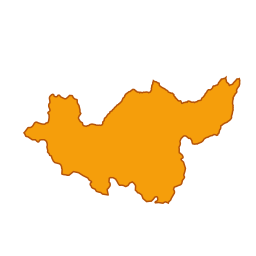 the district of Lunana, Gasa, Bhutan, rotated 191°
{"feature_id": "84629894B27866882347456", "entity_name": "Lunana", "entity_type": "district", "adm_level": 2, "iso_a3": "BTN", "parent_name": "Bhutan", "parent_adm1": "Gasa", "projection": "orthographic", "projection_center": [90.007, 27.974], "detail": "fine", "context": "isolated", "style": "filled", "palette": "amber", "viewbox_px": 256, "rotation_deg": 191, "n_neighbors": 0, "source": "geoboundaries", "source_scale": "gbopen_adm2", "svg_char_len": 5807}
<svg xmlns="http://www.w3.org/2000/svg" viewBox="0 0 256 256"><g transform="rotate(191 128 128)"><path d="M28.2,197.7L28.9,197.2L30.2,197.0L30.6,196.7L31.6,194.5L32.0,194.3L32.1,193.9L32.9,192.8L33.7,190.9L35.9,189.7L36.6,189.1L36.8,189.3L37.7,190.7L39.6,191.6L40.4,192.6L40.7,193.8L41.4,194.8L41.5,196.4L42.7,195.0L43.6,194.8L44.7,194.1L45.6,193.9L45.9,193.5L45.8,193.0L46.4,192.5L46.8,191.3L47.7,189.8L47.9,188.3L48.5,187.4L48.8,187.1L49.4,187.0L50.8,185.9L52.2,185.5L52.5,184.9L52.7,183.5L53.5,182.1L54.4,181.2L56.3,180.9L57.1,179.9L57.8,177.6L58.6,176.6L59.0,174.7L59.6,173.7L59.8,173.0L61.0,171.7L61.3,170.9L61.5,169.5L62.2,168.9L63.5,168.5L64.6,167.9L64.9,167.6L65.0,167.2L67.0,166.2L67.5,165.7L68.3,166.0L70.4,165.4L70.9,165.6L71.7,165.6L72.2,166.0L73.9,166.0L74.5,165.6L74.7,164.7L75.0,164.4L75.7,164.7L75.9,164.7L76.9,163.9L78.0,163.7L79.3,162.6L79.6,162.5L79.9,162.5L81.3,164.5L81.8,164.7L83.0,164.2L84.2,164.6L84.4,164.6L84.7,165.0L86.2,166.1L87.3,166.6L87.4,166.9L87.3,167.1L89.2,168.5L89.4,169.6L89.9,169.8L91.0,170.6L92.7,170.4L93.4,170.7L94.9,170.9L95.4,171.1L96.0,171.9L97.2,172.5L98.2,172.7L99.6,173.6L100.9,173.7L101.6,174.2L102.3,174.2L104.6,175.3L105.3,175.8L105.7,176.8L106.0,177.8L106.3,178.0L107.5,178.0L109.0,178.7L110.9,178.7L112.1,179.3L112.1,178.6L112.3,177.5L112.1,175.9L112.6,174.7L112.7,173.7L112.5,173.0L112.6,171.1L112.2,169.9L113.0,167.7L113.4,167.2L114.6,166.6L115.2,166.9L117.0,166.8L118.4,166.2L119.4,166.2L120.8,165.3L122.4,165.5L123.2,164.8L123.5,165.2L124.1,165.3L125.3,165.0L125.9,165.1L126.5,165.6L127.0,165.6L127.3,165.9L128.0,166.1L128.9,166.9L130.5,166.9L132.2,165.2L132.6,164.4L134.1,163.7L135.1,162.4L135.6,162.1L135.8,161.6L136.9,160.6L137.0,159.7L137.3,159.3L137.3,158.6L137.7,157.3L138.6,156.4L139.2,153.3L139.7,152.3L140.5,151.5L140.5,151.1L140.9,150.5L141.7,149.9L141.8,149.3L142.1,149.0L142.8,148.7L143.4,148.0L143.8,146.9L145.1,145.5L145.5,144.2L146.6,143.0L147.0,141.8L148.7,140.5L148.9,139.0L150.3,137.6L151.7,134.3L152.8,133.2L153.0,132.1L152.8,131.1L153.2,130.1L153.8,129.3L153.9,128.7L153.6,128.0L153.8,126.8L154.2,126.1L155.1,125.4L156.4,125.4L157.2,125.1L159.8,124.7L160.6,125.0L164.0,125.0L164.9,124.7L166.2,124.0L166.9,123.0L168.6,122.3L169.2,121.7L171.3,121.7L172.3,122.0L173.0,122.6L173.8,124.4L176.0,125.2L178.0,127.3L178.5,128.2L178.6,128.9L178.4,130.0L177.9,131.5L177.5,131.9L177.1,133.4L177.8,133.9L178.3,134.9L178.6,136.5L180.5,140.8L182.1,142.4L182.5,143.0L182.9,144.1L183.2,145.7L183.5,146.1L185.7,146.3L186.2,146.5L187.6,147.4L188.5,148.7L189.0,149.1L189.5,149.1L191.6,148.8L192.9,146.8L194.5,144.9L195.7,144.6L199.7,145.6L201.4,146.9L201.9,147.1L202.9,146.8L203.6,145.4L203.9,145.1L204.8,144.9L205.8,144.9L206.3,145.1L206.7,145.3L207.1,146.2L207.5,146.6L208.4,146.7L209.3,146.1L210.4,144.6L210.8,143.7L210.9,142.7L210.7,141.7L209.9,139.8L209.5,138.2L209.6,137.5L210.2,136.3L210.1,134.8L209.8,133.8L208.4,131.6L207.9,130.5L208.0,129.9L208.2,129.5L209.5,128.0L209.4,127.4L209.2,127.0L208.3,126.3L208.0,125.8L207.4,123.1L207.3,120.2L207.5,118.4L207.8,117.9L209.3,117.3L210.2,116.2L210.6,115.8L211.1,115.7L213.3,115.5L214.4,115.6L217.0,115.9L218.5,116.3L219.0,116.3L220.0,115.9L220.8,114.9L221.8,112.1L222.5,111.0L223.2,110.3L224.1,109.8L225.6,109.5L226.3,109.1L228.4,104.7L229.2,103.4L228.1,102.4L226.8,100.5L226.1,100.3L224.6,100.3L219.7,98.2L216.6,98.8L215.1,97.7L213.8,97.1L213.1,97.3L212.2,99.3L211.0,99.9L207.9,100.5L206.4,99.9L205.3,99.0L204.2,96.9L203.9,95.1L204.0,93.9L202.4,90.4L202.4,89.1L200.4,87.6L199.7,86.3L197.9,85.9L196.8,83.7L194.9,81.2L193.2,80.1L188.3,79.8L187.0,79.0L185.9,77.5L185.4,75.8L184.8,74.9L184.2,70.6L183.9,70.1L182.3,70.0L179.7,70.2L178.8,70.0L176.9,70.4L173.2,74.8L168.0,74.7L163.0,72.7L157.9,71.3L156.3,69.6L153.8,68.6L153.5,68.1L153.6,67.6L154.3,66.9L154.4,65.8L154.2,65.0L152.9,63.8L152.4,62.8L151.2,62.2L148.7,61.7L146.9,59.8L144.3,59.5L142.5,59.5L140.4,58.3L134.8,58.5L134.8,58.9L136.7,63.4L136.6,64.1L136.0,64.8L134.8,67.3L134.6,68.1L134.8,69.6L135.4,70.7L136.4,71.4L136.8,75.1L135.9,75.9L133.1,76.4L130.2,75.4L129.9,74.9L128.6,73.6L127.1,71.7L126.1,70.7L125.4,70.2L123.0,70.7L121.3,70.7L119.4,70.1L118.7,70.3L117.0,71.6L115.9,74.2L113.5,75.9L111.8,75.0L110.3,73.7L109.5,72.6L108.9,68.4L107.6,67.6L106.1,66.3L105.2,66.3L103.8,65.9L101.8,64.9L99.8,61.6L95.7,59.3L92.6,60.3L91.2,60.6L89.5,63.0L88.5,65.2L87.4,65.9L86.9,66.0L86.4,66.0L85.6,65.2L85.1,63.4L85.5,62.2L86.0,61.6L86.9,61.1L87.2,60.4L87.1,60.0L86.8,59.8L83.7,60.7L79.8,60.8L79.1,61.0L78.3,61.9L77.0,62.7L74.1,62.0L74.0,63.0L73.8,63.5L72.4,65.4L72.0,67.4L70.1,72.9L70.1,73.8L70.4,74.9L71.6,76.4L71.3,78.7L71.0,79.0L69.2,80.0L68.0,80.9L65.6,82.3L64.9,83.3L64.7,83.9L64.6,86.0L64.7,86.7L63.6,88.9L63.2,90.0L63.2,90.7L64.1,91.9L64.3,92.8L63.9,96.5L63.9,99.3L67.0,105.1L69.4,106.6L70.0,107.5L69.7,108.0L68.4,109.2L68.4,110.0L69.3,111.4L70.2,112.2L70.9,112.4L71.6,113.1L72.8,113.4L73.2,114.3L73.7,117.1L74.3,118.9L73.6,121.4L73.7,123.0L74.5,124.8L73.9,127.7L72.1,130.4L71.3,131.0L69.9,131.2L69.0,130.9L66.3,129.4L65.0,129.7L64.4,129.3L62.9,127.7L62.5,126.5L61.6,124.9L59.8,124.8L59.1,125.1L58.3,125.2L57.6,125.6L57.0,125.5L56.5,126.0L53.2,128.2L51.8,130.0L51.5,131.2L50.9,132.0L49.5,133.4L47.3,134.5L47.2,134.8L45.1,136.3L44.1,136.5L42.4,138.0L40.9,138.1L39.6,137.7L38.7,138.2L38.4,139.8L37.8,140.3L37.7,143.2L37.6,143.9L37.1,144.6L37.0,145.6L37.3,147.9L36.3,148.7L35.4,149.9L33.6,151.5L33.1,151.7L31.7,152.7L30.9,153.8L29.6,155.0L29.1,156.1L28.6,156.7L28.3,157.8L28.7,159.4L28.4,161.9L28.5,164.7L28.3,165.1L28.3,165.8L28.7,167.3L28.7,168.1L29.0,168.7L29.1,170.1L30.0,171.7L30.4,174.5L30.4,176.0L30.2,176.8L30.6,177.3L30.6,178.0L30.0,179.5L30.0,180.0L29.5,180.8L29.3,182.0L28.2,183.5L28.2,184.7L28.6,185.4L28.6,186.6L27.9,188.6L27.0,190.3L26.8,192.6L27.3,194.7L27.3,195.8L28.2,197.7Z" fill="#f59e0b" stroke="#b45309" stroke-width="1.5"/></g></svg>